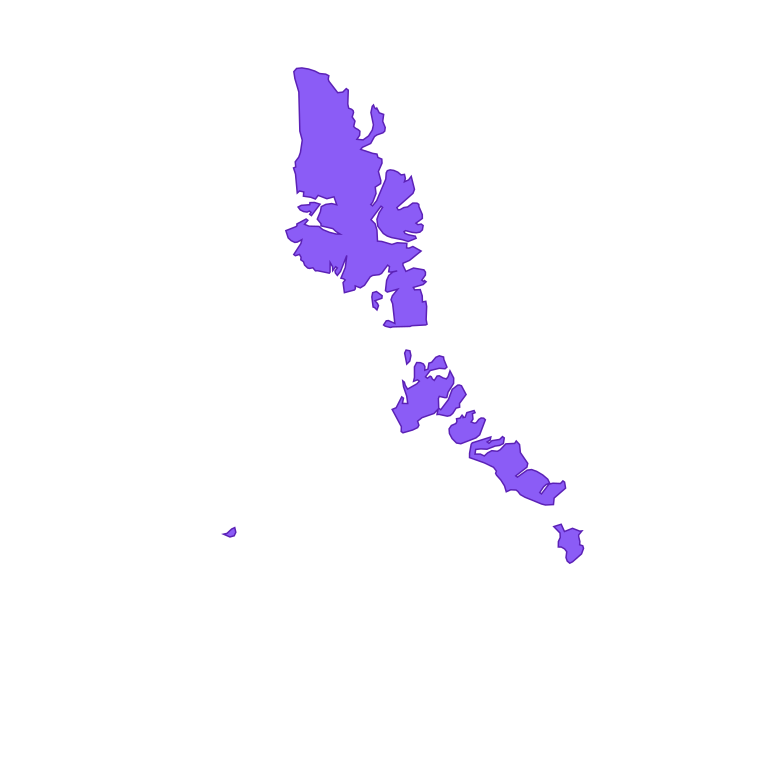 Eilean Siar, orthographic projection, rotated 307°
{"feature_id": "GBR-2772", "entity_name": "Eilean Siar", "entity_type": "Island Area", "adm_level": 1, "iso_a3": "GBR", "parent_name": "United Kingdom", "parent_adm1": "", "projection": "orthographic", "projection_center": [-7.062, 57.727], "detail": "fine", "context": "isolated", "style": "filled", "palette": "violet", "viewbox_px": 768, "rotation_deg": 307, "n_neighbors": 0, "source": "natural_earth", "source_scale": "10m", "svg_char_len": 6179}
<svg xmlns="http://www.w3.org/2000/svg" viewBox="0 0 768 768"><g transform="rotate(307 384 384)"><path d="M460.8,378.9L457.6,382.4L456.3,381.8L447.3,371.1L445.6,370.1L434.9,356.6L433.0,355.1L430.9,350.2L430.9,348.1L435.8,347.8L437.3,349.3L438.9,356.2L453.3,342.6L455.5,338.9L459.5,337.6L468.0,337.9L459.4,331.3L459.4,329.0L468.4,323.7L473.6,322.5L478.9,323.7L482.3,326.5L477.5,322.2L476.4,320.2L481.1,317.7L481.1,315.4L470.9,315.5L468.5,314.4L463.9,309.6L461.3,308.5L451.1,309.0L446.5,307.2L445.0,302.0L442.8,303.8L441.3,303.8L433.1,297.4L440.3,290.3L443.7,290.4L443.7,288.4L442.6,285.9L453.7,283.0L464.3,276.9L447.8,281.5L442.6,281.4L443.4,278.4L444.8,276.8L448.6,276.9L448.6,274.8L443.7,274.8L446.7,272.3L448.6,267.9L441.0,273.5L439.6,273.6L434.5,262.8L433.1,261.1L434.0,257.2L431.5,255.0L430.7,253.2L431.2,249.0L433.2,246.1L433.1,242.8L435.3,241.5L436.6,238.5L433.1,236.0L433.1,234.0L446.2,233.1L449.8,231.5L445.2,229.4L443.4,227.6L442.6,223.6L443.0,219.6L447.4,213.3L456.7,219.0L458.1,219.2L459.4,218.1L468.9,222.5L468.9,224.7L463.7,224.4L464.9,229.1L470.7,237.2L470.5,242.3L472.3,249.2L475.0,255.5L477.3,258.8L476.9,254.0L477.3,249.6L472.4,238.5L474.1,237.2L475.5,231.5L483.3,229.5L487.9,227.2L492.4,229.4L496.6,233.6L498.7,238.4L503.4,231.4L497.6,226.9L495.0,217.9L490.4,217.9L489.1,213.2L485.5,206.6L489.1,204.3L487.3,200.4L484.3,199.8L498.4,187.0L502.1,181.7L504.2,182.9L508.0,179.4L513.9,179.4L518.6,177.9L529.5,172.0L535.3,164.6L565.9,140.3L574.3,129.0L579.2,124.0L583.4,124.3L587.0,128.2L590.1,134.1L592.3,140.4L593.2,145.7L596.4,151.0L597.0,154.4L593.9,156.0L592.6,157.9L588.8,171.7L592.3,175.4L597.2,176.1L597.2,178.6L585.8,186.6L583.0,189.8L583.9,192.8L583.7,194.9L582.5,196.3L578.1,197.9L576.5,202.6L571.4,204.8L571.1,207.2L571.6,210.1L571.4,212.6L567.9,214.9L563.1,215.1L566.4,220.4L572.8,222.4L579.8,221.8L584.6,219.6L592.9,210.2L598.7,207.5L600.5,207.7L598.9,210.2L599.0,212.2L600.0,212.2L597.7,217.0L599.1,221.5L593.0,224.9L589.6,230.6L586.4,232.4L584.0,232.0L578.8,228.5L575.9,227.5L568.1,228.6L560.0,224.3L557.3,224.2L561.4,236.2L563.4,240.0L561.3,242.8L562.3,246.9L559.2,249.5L550.4,251.6L544.6,259.0L542.0,260.7L536.0,258.5L531.3,263.0L522.2,265.6L519.4,265.4L519.4,267.6L526.0,267.8L548.7,262.1L554.0,258.7L556.4,258.3L558.7,260.0L560.5,263.3L561.5,267.5L561.3,271.8L563.7,274.2L561.0,277.4L557.8,278.6L561.8,280.8L566.2,280.8L557.8,291.2L553.7,292.4L532.6,288.1L531.6,290.5L533.1,292.0L536.8,293.6L539.6,296.3L545.8,298.1L548.3,301.5L548.4,303.7L546.7,305.1L542.4,312.6L539.3,315.0L531.7,312.7L531.7,315.2L534.1,317.4L534.1,319.9L530.2,321.9L526.9,321.3L524.2,318.8L522.0,315.2L519.5,309.0L517.8,308.3L516.9,310.0L517.9,313.7L520.9,320.0L519.7,322.0L512.4,317.6L510.3,311.8L505.5,301.9L504.1,297.5L503.8,292.8L506.3,284.1L511.3,279.2L517.7,277.1L524.2,276.6L524.2,274.6L507.4,274.7L506.6,280.5L502.6,285.8L494.2,292.8L496.5,296.4L500.2,306.3L504.7,309.5L510.1,317.6L506.3,320.1L507.5,322.2L511.2,324.3L512.5,333.6L498.1,330.0L491.9,326.5L490.3,327.6L487.1,333.7L494.4,337.8L499.2,347.2L498.3,349.8L495.9,351.5L489.7,351.7L489.7,354.0L491.0,354.0L491.0,356.1L487.0,355.4L478.8,349.3L477.6,351.8L481.2,356.1L477.4,361.5L472.7,365.3L475.2,367.6L471.6,371.4L460.8,378.9ZM430.0,409.0L436.5,409.3L439.8,411.2L441.4,415.3L439.6,417.1L435.4,424.1L432.9,423.6L429.8,418.7L422.6,412.8L414.7,412.8L414.7,415.2L418.0,416.1L418.2,417.5L417.1,419.6L417.1,422.0L422.3,421.6L423.8,423.2L424.4,427.7L425.6,430.7L428.5,430.8L434.2,428.8L430.7,436.1L426.4,439.2L416.0,440.1L411.0,442.3L409.8,441.0L407.4,435.6L405.1,436.2L397.6,442.3L397.6,444.8L410.4,444.8L420.8,441.7L427.4,443.5L428.5,444.7L429.2,446.9L425.0,455.9L413.9,456.0L411.0,458.4L408.1,456.1L401.9,456.6L398.7,455.9L396.4,453.9L392.9,446.3L391.5,444.7L396.5,442.3L390.6,441.7L380.0,434.6L374.5,433.2L372.1,436.7L369.4,437.1L364.4,434.5L356.4,428.5L356.4,426.3L360.4,423.5L368.6,405.8L372.4,408.0L384.4,405.9L384.4,408.1L379.6,410.4L382.7,414.7L388.0,409.4L393.6,401.2L397.8,397.1L397.7,399.2L395.8,401.7L394.1,405.9L403.8,410.1L407.5,410.5L407.5,408.2L403.9,406.0L407.7,404.3L416.0,398.0L420.8,397.2L423.0,400.3L423.7,403.4L422.6,406.1L419.5,408.3L422.3,410.1L427.7,407.3L430.0,409.0ZM409.5,517.3L415.2,524.1L418.1,523.9L417.2,528.7L411.3,534.2L407.1,546.6L403.6,548.2L389.9,544.5L389.9,546.6L401.4,550.2L404.5,553.4L406.1,558.5L406.9,565.5L406.5,572.1L404.5,576.0L401.3,574.0L397.9,573.3L391.0,573.7L391.0,575.9L403.3,576.0L406.4,578.6L410.7,584.8L414.3,585.2L414.3,587.3L410.1,591.7L395.3,588.5L389.7,591.9L384.5,585.7L383.0,582.1L378.4,564.7L377.7,559.4L378.8,555.5L378.8,553.3L375.8,548.9L371.5,546.5L375.2,541.5L377.6,535.2L378.9,528.8L379.8,526.9L382.1,526.2L383.4,521.6L381.4,511.6L376.7,496.6L380.2,494.0L388.4,489.9L390.1,489.9L406.0,501.2L403.2,502.5L399.8,501.2L399.8,503.5L403.7,504.3L409.3,509.7L413.3,510.3L413.3,512.5L408.3,515.2L404.5,513.3L401.2,510.0L393.9,505.5L390.4,500.3L386.9,496.6L382.8,498.9L386.0,503.1L386.9,507.4L391.3,508.2L395.6,510.2L398.5,515.0L401.2,516.3L409.5,517.3ZM406.1,465.1L405.7,466.8L404.8,467.4L406.3,468.8L411.0,467.4L417.0,471.9L415.9,474.0L413.5,472.5L409.5,476.2L406.1,476.4L407.0,479.7L408.6,481.0L412.7,481.0L415.3,482.0L416.7,484.2L416.4,486.5L401.0,491.0L396.3,489.9L382.5,481.3L380.5,477.4L381.4,471.2L383.8,466.1L387.3,463.0L391.4,462.8L395.7,465.2L397.9,464.8L399.9,462.8L402.4,465.2L406.1,465.1ZM382.2,621.4L384.3,628.9L385.8,630.5L380.6,630.3L379.1,631.5L376.1,635.2L373.4,637.0L374.4,640.1L372.8,642.3L367.2,644.0L355.5,641.6L352.7,640.2L352.8,637.0L354.9,633.8L360.0,630.9L361.0,627.5L360.5,623.7L358.7,621.3L363.1,618.1L367.5,617.1L370.9,614.3L372.3,605.4L378.6,609.9L374.8,616.9L382.2,621.4ZM474.8,222.5L477.2,222.4L477.2,220.4L475.0,219.1L473.3,216.0L472.6,212.3L473.6,208.9L476.9,210.4L482.5,216.8L484.3,215.7L487.2,219.3L489.1,224.7L474.8,224.7L474.8,222.5ZM445.0,326.6L444.4,330.3L443.2,332.5L438.9,333.8L439.4,330.4L438.9,329.0L446.2,321.9L450.1,320.0L453.3,322.3L453.4,329.4L451.2,330.7L445.0,326.6ZM413.6,390.2L421.1,381.9L424.4,381.2L426.1,384.7L422.9,388.4L417.8,390.8L413.6,390.2ZM167.5,346.2L170.2,348.5L176.5,349.6L179.5,351.2L176.4,354.9L172.6,355.7L169.1,353.0L167.5,346.2Z" fill="#8b5cf6" stroke="#5b21b6" stroke-width="1.5"/></g></svg>